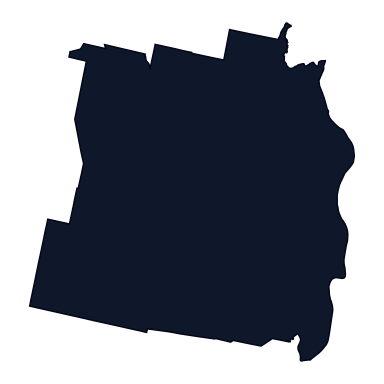 San Jerónimo, Santa Fe, Argentina (Natural Earth projection)
{"feature_id": "61730980B41711157234352", "entity_name": "San Jerónimo", "entity_type": "district", "adm_level": 2, "iso_a3": "ARG", "parent_name": "Argentina", "parent_adm1": "Santa Fe", "projection": "natural_earth1", "projection_center": [-60.965, -32.143], "detail": "fine", "context": "isolated", "style": "filled", "palette": "ink", "viewbox_px": 384, "rotation_deg": 0, "n_neighbors": 0, "source": "geoboundaries", "source_scale": "gbopen_adm2", "svg_char_len": 5579}
<svg xmlns="http://www.w3.org/2000/svg" viewBox="0 0 384 384"><path d="M328.5,111.2L327.9,110.1L327.2,109.1L326.1,104.9L324.0,97.4L323.5,96.3L322.4,93.0L320.6,88.5L319.5,85.8L319.3,83.6L318.9,81.0L319.2,79.9L320.6,76.5L321.2,75.2L321.9,73.4L323.2,70.7L323.6,69.4L323.8,68.3L323.7,67.6L323.6,66.2L323.9,65.4L324.4,64.0L324.6,63.4L325.3,61.2L325.3,60.7L323.1,60.8L322.2,60.8L321.2,60.8L320.7,61.0L320.0,61.3L319.4,61.7L319.1,61.9L318.7,62.4L318.6,63.1L318.5,63.6L318.4,64.3L318.3,65.3L318.2,65.6L317.8,65.9L316.8,66.5L316.7,66.5L316.4,66.2L316.3,65.9L316.0,65.4L315.5,65.2L314.9,64.7L314.7,64.3L314.5,63.9L314.0,63.4L313.8,62.9L313.3,62.4L312.6,62.4L311.9,62.7L311.4,62.9L310.6,63.4L310.0,63.5L309.0,64.5L308.5,64.8L307.9,65.0L307.4,65.4L307.2,65.6L307.0,65.8L306.4,65.8L306.0,66.0L305.3,66.0L305.1,65.9L304.3,65.6L304.4,64.7L304.2,64.2L303.8,63.8L303.4,63.7L302.5,63.7L301.7,63.9L301.4,64.1L300.5,64.3L299.2,64.5L298.7,65.0L298.1,64.9L297.2,65.7L296.3,66.2L295.4,66.4L294.5,67.0L293.7,67.6L292.9,68.0L291.1,68.5L290.7,68.5L289.6,68.2L289.1,68.0L288.5,67.9L288.3,67.8L288.1,67.5L288.0,66.9L287.7,66.5L287.3,66.2L287.0,66.1L286.8,65.9L286.6,65.3L286.3,64.0L286.1,63.6L285.7,62.9L285.2,62.3L284.8,62.0L284.5,61.8L284.3,61.7L284.2,61.5L284.2,61.2L284.1,60.9L284.1,60.5L284.2,60.1L284.3,59.5L284.3,56.4L284.4,56.2L284.2,56.0L284.0,55.9L283.3,55.5L282.9,55.2L282.8,54.9L282.9,54.7L283.2,54.7L283.7,54.8L283.9,54.6L283.9,54.3L284.0,53.8L284.9,52.6L285.1,52.4L285.4,52.3L285.7,52.3L286.0,52.5L286.5,52.8L286.7,52.7L286.8,52.6L287.2,51.8L287.2,51.6L287.2,51.1L286.9,50.5L286.7,50.2L286.7,49.7L286.8,49.6L287.1,49.2L287.2,48.6L287.1,48.2L287.2,47.8L287.7,47.4L287.7,47.2L287.0,46.8L287.0,46.7L287.0,46.3L287.0,46.2L287.6,45.9L287.8,45.6L287.6,45.2L287.1,44.6L286.9,44.3L286.9,44.1L286.9,43.7L286.9,43.4L287.2,42.9L287.3,42.8L287.8,42.5L287.8,42.4L287.7,42.2L287.4,41.9L286.4,41.8L286.3,41.5L286.3,41.4L286.4,41.2L286.6,41.0L287.2,40.8L287.3,40.5L287.3,40.4L286.8,39.7L286.4,39.1L286.0,38.7L285.5,38.6L285.4,38.4L285.3,38.1L285.3,37.9L285.1,36.8L285.1,36.6L285.2,36.1L285.2,35.8L284.9,35.5L284.9,35.2L285.0,34.9L285.3,34.5L285.8,33.9L285.8,33.4L285.8,32.8L286.0,32.1L286.8,30.1L286.9,29.8L287.0,29.1L287.1,28.8L287.3,28.6L287.6,28.6L287.8,28.4L288.1,27.9L288.4,27.7L288.6,27.6L289.2,27.4L289.6,27.0L290.2,26.7L290.8,26.6L291.0,26.4L291.1,26.2L291.0,25.8L291.0,25.5L290.9,25.4L289.9,25.1L288.8,24.4L288.6,24.2L287.9,23.9L287.7,23.5L287.3,23.2L286.8,23.0L286.5,23.1L285.9,23.3L285.5,24.0L284.9,24.9L284.3,27.2L283.4,28.2L281.1,32.0L280.6,33.4L280.0,35.8L279.1,37.1L278.1,39.5L267.8,37.5L252.5,34.4L249.9,33.9L235.7,30.9L229.6,29.6L227.3,41.8L223.8,60.0L213.3,57.9L191.4,53.2L191.6,52.4L188.4,51.8L182.2,50.5L180.7,50.1L174.4,48.6L155.2,44.4L153.4,53.1L152.1,59.0L151.4,62.5L150.1,68.6L149.7,68.2L149.7,67.4L149.7,66.2L149.6,65.9L149.5,65.4L149.5,65.2L149.2,64.9L148.7,63.6L148.5,63.3L147.9,62.7L147.4,62.1L147.1,61.6L146.6,61.1L146.4,60.8L146.2,60.3L145.9,59.5L145.7,58.1L145.5,56.1L145.4,56.0L145.2,56.2L145.0,55.9L144.9,55.4L145.0,55.2L145.3,54.5L145.3,54.3L145.2,54.1L122.4,48.8L104.6,44.6L105.6,48.6L83.7,43.7L80.8,48.6L80.4,49.0L80.1,49.2L78.5,49.6L75.3,50.5L75.0,50.5L71.4,51.5L70.7,51.7L70.1,51.6L69.0,57.0L78.6,59.3L86.4,61.1L83.0,77.9L79.6,95.2L74.8,119.2L81.2,152.7L83.6,163.6L83.0,166.5L81.4,174.1L78.2,188.5L77.0,188.2L74.0,202.2L74.1,202.3L69.5,224.0L47.8,219.2L46.1,227.4L45.8,228.2L43.0,242.0L41.3,250.1L38.6,262.6L36.8,271.4L35.3,278.7L33.6,286.9L31.0,299.4L29.7,306.1L51.9,311.1L62.5,313.5L71.5,315.5L96.0,321.1L143.8,331.7L143.8,331.8L146.6,332.4L147.4,328.9L150.9,329.3L168.5,331.7L174.3,332.7L180.0,333.8L198.4,336.6L214.7,338.9L214.8,338.9L215.4,338.6L215.8,338.5L216.1,338.7L216.4,338.7L216.5,338.7L230.6,342.1L233.2,340.4L253.7,344.6L254.4,344.7L258.3,345.5L261.1,346.0L264.2,344.0L264.8,343.6L272.4,338.5L276.3,339.3L276.6,339.3L287.7,341.6L287.3,341.1L287.2,340.7L287.3,340.5L287.6,340.4L288.0,340.5L288.4,340.6L288.8,340.8L289.4,341.4L289.9,341.7L290.1,341.8L290.3,341.7L290.3,341.3L289.9,341.0L289.8,340.7L289.8,340.4L290.0,340.1L290.9,339.5L291.6,338.6L292.0,338.1L292.3,337.9L292.7,337.9L292.6,338.2L292.4,338.5L292.5,339.0L292.7,339.3L292.9,339.4L293.1,339.3L293.3,339.1L293.4,338.9L293.4,338.5L293.1,338.0L293.2,337.2L294.1,336.3L297.1,334.0L297.5,333.8L297.8,334.0L298.9,335.3L299.9,337.2L300.7,339.3L300.4,341.1L299.8,342.7L299.0,344.5L298.4,345.6L298.0,347.0L298.0,347.9L298.2,349.5L298.6,350.9L299.9,353.5L300.3,355.5L300.4,356.3L300.5,357.2L300.4,359.2L300.4,360.2L300.8,360.7L301.4,361.0L303.7,360.5L307.7,360.0L310.4,359.9L310.8,359.4L311.6,358.7L311.9,358.4L313.4,357.2L314.2,356.7L315.3,355.7L318.6,353.2L320.7,351.2L321.4,350.5L323.0,348.7L326.0,344.9L326.7,343.7L327.0,342.9L327.3,342.5L327.9,340.7L328.0,340.6L329.4,333.0L332.7,310.7L332.7,309.0L332.4,306.1L331.2,301.3L330.4,299.7L329.4,294.7L329.1,290.3L328.8,286.6L329.9,282.7L331.1,280.4L332.5,278.8L334.6,277.8L336.6,277.6L342.1,278.4L344.0,278.0L344.9,277.1L345.3,275.9L345.4,273.7L345.1,270.3L344.8,267.4L344.1,264.5L343.9,260.2L344.5,255.7L346.1,246.4L347.5,240.5L347.8,234.6L347.4,230.6L346.3,226.9L344.8,223.5L344.0,222.4L343.2,221.0L342.0,219.6L341.0,217.8L340.1,215.6L339.0,213.0L338.4,210.8L337.7,206.6L337.2,204.5L337.2,199.9L337.1,195.4L338.2,189.7L339.3,185.4L340.6,182.1L342.2,178.9L343.1,176.9L344.1,174.8L344.9,173.1L349.3,168.0L351.9,164.7L353.3,162.4L354.3,156.2L353.5,148.4L352.8,145.7L351.4,142.6L347.8,137.6L346.2,134.5L343.4,130.1L339.0,127.6L335.6,124.6L333.5,122.4L331.5,120.3L329.3,117.3L328.2,113.7L328.5,111.2Z" fill="#0f172a" stroke="#020617" stroke-width="1.5"/></svg>